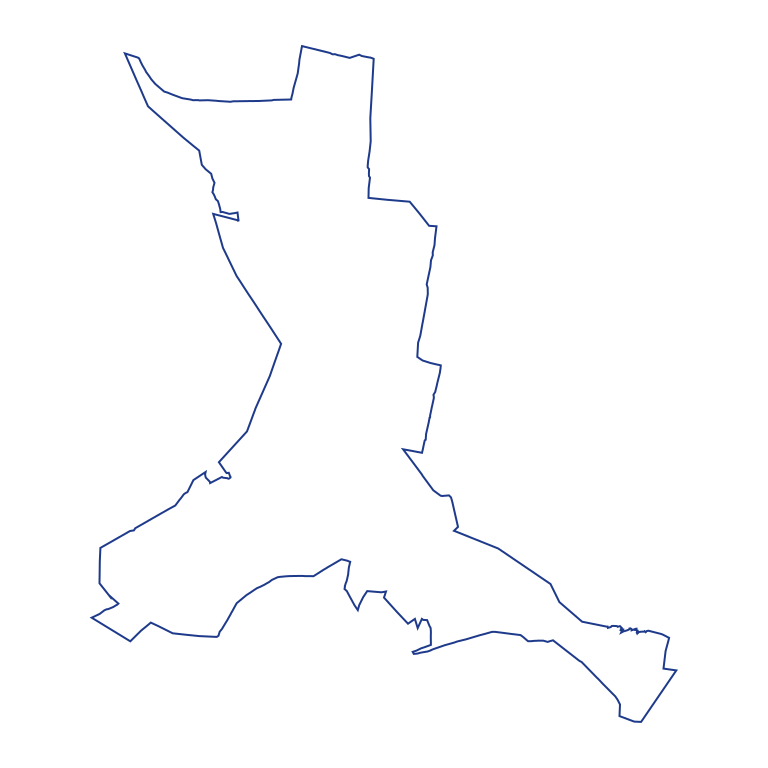 the district of Pantepec, Chiapas, Mexico
{"feature_id": "50627088B73304631692388", "entity_name": "Pantepec", "entity_type": "district", "adm_level": 2, "iso_a3": "MEX", "parent_name": "Mexico", "parent_adm1": "Chiapas", "projection": "orthographic", "projection_center": [-93.053, 17.195], "detail": "fine", "context": "isolated", "style": "outline", "palette": "blue", "viewbox_px": 768, "rotation_deg": 0, "n_neighbors": 0, "source": "geoboundaries", "source_scale": "gbopen_adm2", "svg_char_len": 5704}
<svg xmlns="http://www.w3.org/2000/svg" viewBox="0 0 768 768"><path d="M100.4,547.9L99.8,561.2L99.5,583.3L110.4,597.1L110.4,596.5L118.4,603.6L117.3,604.6L116.5,605.1L116.0,605.3L113.4,606.9L112.8,607.2L109.2,608.7L108.5,609.0L107.6,609.2L106.6,609.3L104.4,610.3L99.7,613.9L91.7,617.7L113.3,630.9L130.3,641.3L141.1,630.6L146.4,626.3L150.0,623.3L150.8,622.6L158.3,626.1L172.7,633.3L186.5,634.8L199.3,636.1L216.6,636.9L217.3,636.6L218.5,635.7L219.7,631.7L222.0,628.9L225.3,623.4L227.1,620.5L230.9,613.7L231.0,613.4L232.1,611.5L232.9,610.1L234.4,607.3L236.7,603.2L246.6,595.0L250.4,592.6L251.1,592.1L254.0,590.1L257.1,588.1L260.7,586.6L262.2,585.8L264.1,584.9L267.3,583.0L268.9,582.2L271.9,579.9L277.7,577.2L277.8,577.2L279.7,576.9L286.1,576.3L289.5,576.1L294.6,576.0L302.2,575.9L305.0,576.1L309.9,576.1L313.5,576.2L323.5,569.8L326.1,568.3L327.8,567.2L329.2,566.4L341.2,559.4L341.3,559.3L341.5,559.3L347.3,560.7L348.2,561.1L349.2,561.5L350.2,561.8L348.9,567.4L348.7,569.0L348.1,574.7L346.6,581.3L346.0,582.5L344.8,586.3L345.0,586.7L344.5,588.9L346.9,591.2L349.5,596.1L354.6,605.4L357.8,610.1L359.2,605.2L363.2,597.1L367.2,591.1L381.4,592.3L386.0,591.5L384.0,597.6L397.0,612.0L408.0,623.7L414.9,618.9L417.7,628.1L421.9,618.9L423.2,619.9L427.1,620.1L429.5,626.0L430.6,627.9L430.9,631.7L430.8,636.5L430.9,644.9L426.5,646.5L423.4,647.6L421.4,648.2L416.5,650.6L412.7,651.9L413.8,653.9L417.3,653.6L420.5,652.7L424.0,652.1L427.6,651.5L430.7,650.4L430.8,650.2L433.5,649.1L439.3,647.1L444.5,645.3L454.1,642.6L457.2,641.5L465.8,639.4L479.9,635.2L484.9,633.9L491.9,631.9L495.4,631.9L503.3,632.9L512.4,634.1L513.6,634.2L516.7,634.6L518.4,634.8L520.6,635.1L523.4,637.2L527.3,640.6L528.1,641.2L528.9,641.2L530.9,641.2L533.8,640.9L535.4,640.8L536.9,640.8L537.4,640.7L537.7,640.7L543.4,640.7L547.6,641.9L549.5,641.3L553.0,640.3L579.3,660.8L581.6,662.0L596.7,677.5L598.2,678.9L602.7,683.7L612.1,693.2L615.3,696.4L617.6,699.8L620.0,704.5L619.5,716.1L634.2,721.6L641.1,721.9L676.3,670.4L663.5,668.6L665.6,651.0L668.0,642.2L669.1,637.9L668.6,637.6L663.2,634.8L661.3,634.0L648.3,630.7L646.7,631.1L645.7,632.2L644.6,631.2L644.1,631.7L643.2,631.6L640.4,631.8L640.0,631.9L638.2,632.0L638.1,632.9L637.5,633.1L637.2,633.5L636.8,632.7L637.2,632.3L637.4,631.4L637.0,631.6L636.8,630.1L635.7,630.0L636.5,629.0L636.5,628.7L635.6,628.8L635.2,629.0L631.6,630.3L631.6,629.2L630.6,628.4L629.5,628.5L629.3,629.3L627.5,630.2L623.2,631.5L621.2,632.6L621.5,631.9L622.5,630.7L623.2,629.4L622.9,629.3L620.9,630.3L620.6,630.2L620.7,629.9L620.8,629.2L621.7,627.9L619.9,626.1L619.5,626.3L618.1,626.6L617.7,626.8L617.0,626.1L613.2,625.9L611.9,626.0L611.6,626.1L610.7,627.1L610.1,627.2L607.9,627.9L607.6,626.6L606.5,626.6L582.1,621.7L559.4,602.1L550.5,584.0L498.2,548.5L454.0,530.8L458.0,526.9L454.0,509.4L452.2,501.5L451.0,497.4L449.0,495.4L442.0,496.0L440.9,495.7L440.6,495.7L433.3,490.3L426.6,481.2L422.4,475.5L422.2,474.9L412.9,462.4L410.2,458.8L403.1,449.3L410.4,450.6L422.0,452.8L422.9,449.0L423.6,445.6L424.3,442.3L424.5,441.6L424.6,440.8L425.3,439.8L425.7,439.7L426.1,433.9L428.6,422.9L429.6,417.6L430.0,417.5L430.1,417.0L430.1,415.5L431.0,411.3L431.7,407.7L432.4,404.7L432.6,403.7L433.9,397.8L433.5,394.7L435.2,392.0L435.9,389.1L436.6,386.3L437.4,382.6L439.9,372.7L440.3,369.5L440.4,369.4L440.8,365.4L438.6,364.8L438.1,364.8L433.4,363.7L430.5,363.0L422.6,360.5L417.3,356.9L418.1,342.7L419.3,338.9L420.3,335.6L422.6,322.8L422.7,322.5L424.1,314.8L424.8,311.1L424.8,310.9L426.9,299.4L427.4,296.6L427.8,294.2L427.7,287.8L426.7,284.4L430.4,267.1L431.0,260.3L432.8,255.4L432.7,252.3L434.5,245.1L435.0,238.2L436.5,226.3L429.1,225.8L419.3,213.3L409.7,201.7L387.3,199.8L368.5,197.9L368.7,188.1L370.0,177.6L369.0,176.1L368.9,173.6L369.1,169.1L367.7,167.4L367.7,165.9L368.1,161.0L369.6,151.3L370.7,141.3L370.3,118.2L371.8,92.8L373.7,58.8L372.7,58.4L370.5,57.6L368.4,57.3L361.8,56.0L359.2,54.7L349.7,57.9L341.6,55.9L338.1,55.2L335.0,54.2L332.6,54.3L331.8,54.0L330.5,53.2L328.9,52.7L302.0,46.1L299.4,59.9L299.1,63.6L298.5,67.7L297.7,73.5L293.7,87.6L292.4,94.1L291.4,97.8L291.2,99.5L273.8,99.9L271.8,100.4L258.3,101.0L248.0,101.1L241.3,101.2L233.2,101.3L230.2,101.8L228.0,101.6L218.1,101.0L216.8,100.8L208.1,100.2L199.3,100.4L198.0,100.1L197.9,100.1L192.9,100.2L190.9,99.6L182.2,98.2L172.7,94.7L167.8,92.7L164.3,91.6L164.2,91.6L155.3,84.0L151.2,79.2L149.5,76.6L146.0,71.8L145.9,71.7L145.4,70.4L142.3,65.2L141.3,63.1L141.2,63.0L139.1,58.4L137.9,57.6L124.9,53.4L130.2,65.6L136.4,79.9L141.2,90.7L143.9,97.0L148.0,106.3L153.0,110.8L161.8,118.6L175.6,130.8L183.3,137.6L192.9,145.5L199.2,150.6L201.8,164.8L205.7,169.3L211.2,173.8L212.4,178.5L214.5,182.8L213.2,187.5L213.0,190.1L212.4,192.2L213.8,194.4L214.9,196.8L215.8,199.2L217.9,201.1L218.8,203.8L220.2,208.9L220.6,212.1L222.8,212.0L224.3,212.5L226.0,212.9L227.7,213.4L228.9,213.8L229.9,213.8L231.1,213.7L232.5,213.4L234.3,213.2L237.5,212.5L238.5,220.5L237.8,220.7L237.1,220.1L231.0,218.5L226.4,217.3L213.2,213.9L216.1,223.2L218.8,233.0L223.0,247.9L226.2,254.4L230.7,263.8L236.6,276.0L240.5,281.9L244.3,287.8L248.4,294.1L252.1,299.6L256.0,305.5L259.8,311.4L263.7,317.3L267.5,323.0L271.6,329.2L275.3,334.9L281.1,343.8L278.6,351.0L274.8,361.7L269.8,376.1L265.4,386.0L262.5,392.6L258.1,402.5L255.2,409.1L255.2,409.4L253.6,413.6L251.1,420.4L247.0,431.4L235.6,443.9L218.9,462.2L225.7,472.0L226.6,473.1L228.8,472.8L230.1,476.3L230.4,476.5L230.5,477.5L229.0,478.6L228.3,478.7L227.4,478.2L223.1,477.7L221.9,477.0L210.1,483.1L209.8,481.7L205.9,477.7L205.5,476.7L205.1,474.4L205.6,472.0L193.4,480.1L187.4,492.2L185.9,492.8L183.8,494.3L181.0,498.1L179.4,500.0L175.3,505.5L168.7,509.1L160.6,513.7L152.4,518.4L135.3,528.2L133.9,530.4L130.0,531.0L119.0,537.3L100.4,547.9Z" fill="none" stroke="#1e3a8a" stroke-width="2"/></svg>